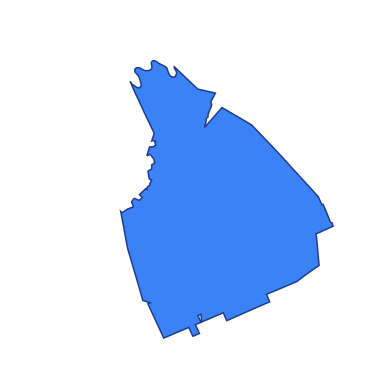 Jiménez, Tamaulipas, Mexico, rotated 147°
{"feature_id": "50627088B38667494572477", "entity_name": "Jiménez", "entity_type": "district", "adm_level": 2, "iso_a3": "MEX", "parent_name": "Mexico", "parent_adm1": "Tamaulipas", "projection": "orthographic", "projection_center": [-98.515, 24.206], "detail": "fine", "context": "isolated", "style": "filled", "palette": "blue", "viewbox_px": 384, "rotation_deg": 147, "n_neighbors": 0, "source": "geoboundaries", "source_scale": "gbopen_adm2", "svg_char_len": 4033}
<svg xmlns="http://www.w3.org/2000/svg" viewBox="0 0 384 384"><g transform="rotate(147 192 192)"><path d="M105.5,215.9L107.5,219.8L108.1,221.2L112.4,229.7L115.1,235.0L120.9,246.5L146.4,239.2L141.7,243.6L141.4,243.9L140.1,245.7L139.4,246.0L137.9,246.2L137.4,246.6L136.2,248.4L128.4,253.9L127.9,254.7L127.4,256.4L127.0,257.3L126.7,257.6L126.3,257.8L118.5,262.2L131.2,275.3L136.2,296.3L138.6,306.6L138.9,306.2L139.3,305.5L139.4,304.9L139.4,304.2L139.4,303.7L139.4,303.1L139.5,302.3L139.9,300.7L140.2,300.0L140.6,299.7L141.3,299.2L142.1,298.4L143.1,298.0L143.9,297.9L145.0,298.3L146.0,299.2L146.1,299.4L146.9,300.7L147.0,301.3L146.9,304.5L146.5,306.1L145.7,309.0L145.6,310.0L145.8,311.0L146.6,312.7L147.7,314.7L148.4,315.6L148.6,315.9L149.4,317.5L149.8,318.0L149.9,318.3L150.6,320.3L151.3,321.6L151.9,322.4L152.5,323.0L153.1,323.2L153.5,323.3L154.0,323.3L154.4,323.3L155.2,322.9L155.8,322.6L156.2,321.8L156.5,321.2L157.0,319.7L157.3,319.0L157.6,318.6L158.2,317.8L159.1,317.3L160.0,317.2L161.1,317.2L162.8,317.8L164.5,318.8L165.5,319.7L166.3,320.6L166.8,321.6L167.3,322.8L167.8,323.8L168.0,324.3L168.5,324.9L168.6,325.0L169.0,325.3L169.6,325.8L170.8,326.3L171.2,326.4L171.4,326.3L171.8,326.3L172.2,326.3L172.9,326.1L173.5,325.6L174.3,324.3L174.5,323.3L174.1,321.6L174.0,320.2L173.8,319.2L173.8,317.8L174.0,316.4L174.3,315.6L174.6,314.2L175.0,313.1L175.4,311.7L175.7,310.7L176.0,310.0L176.6,309.1L178.0,308.2L178.6,308.1L179.4,308.2L180.1,308.4L180.1,308.5L181.2,309.6L182.1,311.5L182.3,312.1L182.6,312.8L182.9,313.6L183.5,315.0L183.6,315.9L183.6,317.3L183.6,318.7L184.2,314.7L185.3,308.9L186.3,301.3L186.9,297.0L187.9,290.3L188.5,286.2L189.7,277.5L190.4,271.6L190.5,271.2L191.0,267.3L191.7,261.8L198.0,256.7L197.5,256.6L197.1,256.5L194.8,254.4L196.2,253.8L196.8,251.0L200.2,251.0L201.0,251.7L202.9,252.8L203.1,252.5L203.5,252.6L204.3,251.9L209.8,247.2L209.5,246.7L209.1,246.7L206.9,246.5L206.4,245.2L206.3,243.6L206.1,239.6L207.3,237.6L207.2,236.8L208.6,236.6L209.9,236.6L210.2,236.6L210.5,236.7L210.9,236.7L211.2,236.5L211.6,235.9L212.1,234.9L212.6,234.2L212.8,234.0L213.3,233.4L213.8,233.2L215.1,233.3L216.6,233.6L217.1,233.6L217.7,233.2L219.0,230.3L219.1,230.0L219.4,229.3L219.7,228.8L220.7,226.3L220.7,226.1L220.6,225.9L220.3,225.3L220.2,225.2L219.3,224.3L219.3,224.0L219.8,223.8L223.2,221.6L223.3,221.3L224.0,220.8L224.5,220.7L227.1,220.3L227.4,220.2L227.7,219.9L228.3,218.6L228.4,218.8L229.2,220.0L230.5,219.7L231.5,219.5L232.5,219.4L233.1,219.2L235.6,218.8L236.3,218.7L236.9,218.5L237.5,218.4L236.8,214.8L236.7,214.4L240.1,213.8L240.6,213.8L240.8,213.8L241.1,214.0L241.5,214.6L243.2,217.2L243.5,217.6L243.8,217.9L244.4,218.1L245.0,218.0L247.7,216.8L247.9,216.7L248.2,216.3L248.9,212.2L249.1,211.9L249.3,211.7L249.6,211.6L250.0,211.6L254.7,212.7L255.7,212.8L261.3,212.7L261.8,212.8L262.1,213.2L262.4,214.5L268.1,200.5L269.8,196.4L270.0,196.1L275.7,182.3L276.9,179.2L279.7,169.7L279.8,169.5L283.7,156.3L283.7,156.2L288.8,139.2L290.6,133.2L292.3,127.7L290.4,125.5L288.0,122.6L287.4,121.8L289.8,122.3L290.6,117.4L290.8,116.1L292.3,105.5L292.8,101.8L292.9,101.2L293.7,95.4L295.3,84.9L278.8,82.0L273.3,81.0L270.0,80.4L268.9,80.2L268.5,80.2L269.6,72.0L269.8,70.5L269.2,70.4L262.8,69.3L262.7,70.2L261.5,78.9L255.4,77.8L254.3,85.1L251.1,84.5L254.5,77.7L252.1,77.3L249.1,76.7L247.8,76.5L239.7,75.1L235.3,74.3L231.5,73.7L233.0,65.2L228.9,64.5L226.8,64.2L223.9,63.7L214.4,62.2L210.1,61.5L194.8,59.0L194.6,59.0L193.7,58.8L186.6,57.6L185.3,65.6L184.9,65.5L180.7,64.8L174.9,63.7L167.1,62.3L152.4,59.8L144.5,60.5L131.3,61.1L125.4,61.2L118.7,74.0L116.8,77.4L116.1,78.8L112.6,85.5L110.8,89.3L103.0,88.1L102.2,88.0L92.2,86.5L92.2,87.5L91.3,89.0L91.3,89.7L92.1,90.7L92.4,91.6L90.6,100.0L89.7,105.0L88.8,110.3L90.0,110.6L89.9,111.7L88.7,119.0L88.7,119.6L88.8,120.0L89.3,122.8L89.7,125.4L89.7,125.7L91.4,135.9L91.6,136.7L91.6,137.3L93.9,150.9L94.6,154.9L94.7,155.6L95.7,161.8L96.3,165.4L96.6,167.2L96.9,169.3L97.0,169.9L98.4,178.1L98.6,179.5L99.0,181.5L102.2,198.4L103.0,202.7L105.5,215.9Z" fill="#3b82f6" stroke="#1e3a8a" stroke-width="1.5"/></g></svg>